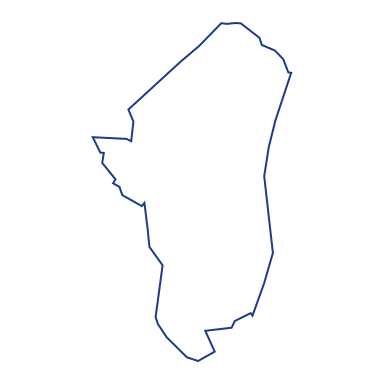 outline of Jefferson, Georgia, United States of America
{"feature_id": "52423323B60673923968827", "entity_name": "Jefferson", "entity_type": "district", "adm_level": 2, "iso_a3": "USA", "parent_name": "United States of America", "parent_adm1": "Georgia", "projection": "equal_earth", "projection_center": [-82.449, 33.037], "detail": "fine", "context": "isolated", "style": "outline", "palette": "blue", "viewbox_px": 384, "rotation_deg": 0, "n_neighbors": 0, "source": "geoboundaries", "source_scale": "gbopen_adm2", "svg_char_len": 665}
<svg xmlns="http://www.w3.org/2000/svg" viewBox="0 0 384 384"><path d="M92.8,137.2L100.3,152.6L103.8,152.9L102.2,162.9L115.5,179.3L113.1,183.3L119.4,186.8L122.3,195.1L141.8,206.1L144.4,202.9L147.7,229.4L149.4,246.9L162.6,265.3L155.6,317.1L157.9,324.0L166.6,337.2L186.9,357.3L198.1,361.0L214.7,351.6L205.3,330.8L231.6,327.7L234.8,321.0L250.7,313.1L252.5,315.7L264.1,283.3L272.9,253.0L264.2,176.2L268.8,147.0L275.4,120.5L291.2,72.8L288.3,72.4L283.3,59.3L275.0,50.6L261.9,45.0L259.4,37.8L240.9,23.4L235.3,23.0L226.8,23.9L221.3,23.2L199.1,46.0L181.1,61.2L128.4,109.5L133.4,121.5L131.2,141.2L126.5,138.9L92.8,137.2Z" fill="none" stroke="#1e3a8a" stroke-width="2"/></svg>